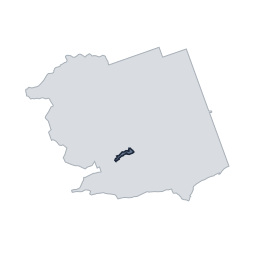 Al Gitaina, White Nile, Sudan (highlighted), rotated 70°
{"feature_id": "16777658B71030870448904", "entity_name": "Al Gitaina", "entity_type": "district", "adm_level": 2, "iso_a3": "SDN", "parent_name": "Sudan", "parent_adm1": "White Nile", "projection": "natural_earth1", "projection_center": [32.426, 14.401], "detail": "fine", "context": "in_parent", "style": "filled", "palette": "slate", "viewbox_px": 256, "rotation_deg": 70, "n_neighbors": 0, "source": "geoboundaries", "source_scale": "gbopen_adm2", "svg_char_len": 5578}
<svg xmlns="http://www.w3.org/2000/svg" viewBox="0 0 256 256"><g transform="rotate(70 128 128)"><path d="M169.4,202.4L167.4,202.4L167.2,201.9L167.3,200.4L167.5,199.3L168.2,197.5L168.0,196.5L168.1,195.1L167.6,193.5L162.8,188.9L161.9,187.6L159.3,186.5L159.8,185.2L158.7,175.8L159.2,174.7L159.4,173.0L159.3,171.6L160.0,169.2L160.0,168.2L154.9,168.1L154.9,169.1L155.1,170.3L155.1,170.7L148.0,170.8L150.9,174.5L151.0,176.1L150.8,178.1L150.9,179.4L151.0,180.2L151.8,181.9L151.7,182.2L151.5,182.6L146.5,187.5L145.7,189.8L145.0,191.0L143.5,193.0L138.9,198.2L138.2,198.6L134.7,198.8L134.3,198.9L134.1,199.1L133.9,199.1L130.9,196.0L125.9,192.3L122.6,194.2L121.6,194.9L121.6,196.7L121.1,197.6L120.2,198.6L117.8,199.3L116.5,199.8L114.9,200.8L113.4,202.5L113.3,203.3L113.5,204.1L105.0,204.1L104.4,203.5L103.2,200.7L102.3,200.9L94.6,200.5L93.5,200.8L91.2,202.0L90.1,202.2L89.0,201.6L84.9,196.2L84.0,195.5L83.1,194.2L82.3,193.6L82.0,193.2L81.9,192.6L81.9,191.4L81.6,190.7L81.0,190.5L75.5,191.8L74.7,191.6L73.6,191.9L73.2,192.1L72.7,192.8L72.6,194.3L72.5,195.1L72.0,195.9L70.5,197.7L70.1,198.5L70.2,200.6L70.1,201.6L69.8,202.1L69.1,202.9L68.9,203.3L68.6,206.0L67.7,207.5L67.5,208.1L67.5,209.2L67.3,209.6L64.9,210.5L63.9,211.1L63.3,212.0L63.2,212.3L62.1,212.0L60.8,211.8L58.2,211.5L57.2,211.1L56.7,210.5L56.9,208.9L56.6,208.5L56.2,208.3L55.9,207.6L56.0,206.8L57.4,204.9L57.6,203.9L58.0,199.3L57.9,197.9L56.9,195.4L54.4,190.9L53.8,190.1L50.7,186.4L50.4,185.9L49.6,184.3L50.5,180.9L50.6,180.0L50.4,179.0L49.6,178.3L48.9,178.2L48.0,177.3L47.4,176.9L46.8,176.1L46.5,175.0L46.8,171.0L46.6,170.5L45.8,170.3L45.6,170.0L45.7,169.3L45.3,167.0L44.8,165.1L45.1,164.1L44.4,162.6L43.2,162.0L40.7,162.5L39.9,162.4L39.4,162.2L39.0,161.6L38.8,161.0L39.0,160.1L39.7,158.4L40.6,157.0L42.4,155.7L42.9,155.1L43.2,154.3L43.2,153.5L43.1,152.5L42.9,151.7L42.4,150.6L42.0,149.3L42.0,148.5L42.2,147.8L42.7,147.1L44.5,145.6L46.3,144.4L46.6,144.0L46.5,143.4L45.7,142.4L45.4,140.5L45.0,139.1L45.9,138.1L46.6,137.7L47.7,137.4L48.1,137.0L48.2,136.1L48.2,135.4L48.6,134.8L49.1,133.5L49.5,133.0L50.9,131.5L51.3,130.5L51.4,129.6L51.0,126.9L51.8,125.7L52.9,124.8L54.3,124.8L56.6,124.6L58.2,124.2L59.3,124.2L61.8,124.7L62.0,124.5L62.2,123.8L62.8,71.2L73.2,71.2L73.3,71.1L73.7,46.2L139.0,46.3L139.6,46.2L140.6,43.8L141.0,43.7L141.7,43.8L141.9,44.3L141.4,46.2L198.4,46.2L198.6,49.1L199.1,51.4L200.7,54.6L202.1,56.4L202.6,57.3L202.6,57.8L202.6,58.2L202.2,57.7L201.5,57.4L201.4,58.9L201.7,62.0L202.3,64.2L201.9,66.2L202.0,69.7L202.8,73.8L202.6,76.4L203.9,82.5L205.1,85.9L205.7,86.7L206.4,87.2L207.8,87.5L209.8,89.2L211.5,91.0L212.0,92.0L212.8,93.0L213.4,92.8L213.7,92.5L214.2,93.4L216.8,95.2L217.2,96.1L216.3,96.9L215.2,98.3L214.7,99.6L214.4,100.1L213.6,100.9L213.5,101.3L213.1,101.6L212.7,101.6L211.8,102.0L211.0,101.9L210.2,102.1L210.0,102.4L209.3,102.7L208.5,102.9L207.2,104.0L206.0,104.5L205.6,105.0L205.0,107.2L204.6,107.8L202.9,107.9L202.0,108.1L200.9,107.8L200.3,107.9L200.2,108.3L200.0,110.3L200.0,111.1L199.1,113.3L199.4,117.4L198.5,120.4L198.3,121.1L197.4,123.6L196.9,124.5L195.7,129.0L195.3,130.4L194.3,131.9L195.4,142.8L194.5,146.1L194.6,147.9L194.0,150.6L193.5,151.9L192.7,153.4L192.1,155.0L191.6,157.3L191.2,161.4L191.0,161.8L188.0,162.3L187.0,162.6L186.4,163.1L185.6,164.2L184.0,167.1L183.2,168.9L181.9,171.4L180.4,173.1L180.1,174.0L179.9,175.6L179.3,178.1L178.8,179.9L178.9,181.3L178.5,183.8L178.5,185.0L178.0,185.7L177.3,186.3L176.8,186.5L174.7,184.8L173.2,185.9L172.3,187.6L171.5,189.2L172.0,192.6L171.9,193.4L171.7,194.2L170.3,197.6L169.9,199.1L169.5,201.8L169.4,202.4Z" fill="#d9dde1" stroke="#a8b0b8" stroke-width="1"/><path d="M152.4,150.0L152.9,150.6L153.4,151.0L153.8,151.3L153.9,151.1L154.0,151.1L154.5,151.1L155.2,151.0L155.3,150.9L155.1,150.8L155.1,150.6L155.0,150.4L154.9,150.3L154.9,150.0L154.8,149.9L154.6,149.9L154.5,149.7L154.9,149.2L154.7,148.9L154.7,148.7L154.5,148.2L154.4,148.0L154.4,147.9L154.4,147.7L154.4,147.1L154.0,147.1L153.9,147.2L153.7,147.0L153.7,146.9L153.4,146.9L153.2,146.6L153.0,146.3L152.9,146.0L152.9,145.9L153.0,145.6L152.6,144.8L152.5,144.6L152.5,144.4L152.3,144.1L152.1,143.8L152.0,143.5L152.1,143.3L152.1,143.2L152.3,142.9L152.4,142.7L152.5,142.5L152.4,142.3L152.3,142.2L152.2,142.2L152.1,141.9L152.1,141.7L151.9,141.3L151.8,141.1L151.7,140.8L151.7,140.4L151.7,140.2L151.7,139.7L151.6,139.4L151.4,139.2L151.1,138.8L151.0,138.7L151.0,138.4L151.0,138.1L151.0,137.9L151.2,137.7L151.3,137.6L151.6,137.5L151.9,137.5L152.1,137.5L152.1,137.9L152.3,137.9L152.4,137.6L152.4,137.4L152.5,137.1L152.7,136.8L152.9,136.5L153.0,136.3L153.1,136.1L153.2,135.8L153.2,135.6L153.3,135.4L153.2,135.3L153.2,135.2L153.1,134.9L153.1,134.6L153.1,134.2L153.1,133.7L153.2,133.1L153.2,132.7L152.9,132.3L152.8,132.1L152.8,131.7L152.9,131.4L153.0,131.2L152.9,131.0L152.7,130.9L152.4,130.7L152.2,130.7L152.0,130.8L151.9,131.0L151.4,131.2L151.0,131.2L151.0,131.3L150.8,131.4L150.5,131.5L150.3,131.6L150.1,131.7L150.0,131.8L149.9,131.8L148.4,132.6L148.0,132.7L147.9,132.8L147.7,132.9L147.7,133.1L148.0,133.2L148.0,133.7L147.8,133.7L147.8,133.9L147.7,133.9L147.5,134.0L148.0,134.4L148.2,134.6L148.8,134.8L149.4,134.8L150.0,134.9L150.1,135.5L149.9,135.8L149.4,135.9L149.1,136.3L149.1,136.6L148.9,136.9L149.0,137.2L148.6,137.9L148.8,138.3L149.0,138.8L148.9,139.4L149.2,139.9L149.0,140.6L148.8,141.0L148.6,141.4L148.7,141.5L148.8,141.8L148.8,142.0L148.7,142.3L149.2,142.9L149.4,143.1L149.6,143.8L150.7,145.6L150.8,146.1L150.6,146.5L150.5,147.0L150.5,147.6L150.5,148.1L151.2,147.8L151.3,148.2L151.5,148.2L152.1,148.4L152.5,148.8L152.6,149.3L152.4,150.0Z" fill="#64748b" stroke="#1e293b" stroke-width="1.5"/></g></svg>